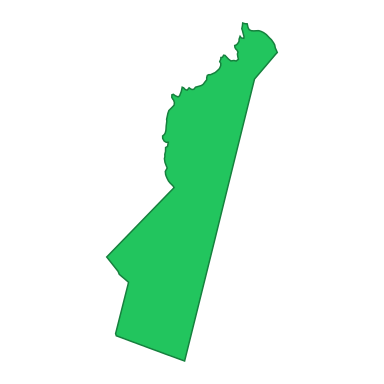 outline of Vale do Paraíso, Rondônia, Brazil
{"feature_id": "56859067B34795168370619", "entity_name": "Vale do Paraíso", "entity_type": "district", "adm_level": 2, "iso_a3": "BRA", "parent_name": "Brazil", "parent_adm1": "Rondônia", "projection": "natural_earth1", "projection_center": [-62.069, -10.363], "detail": "fine", "context": "isolated", "style": "filled", "palette": "green", "viewbox_px": 384, "rotation_deg": 0, "n_neighbors": 0, "source": "geoboundaries", "source_scale": "gbopen_adm2", "svg_char_len": 1716}
<svg xmlns="http://www.w3.org/2000/svg" viewBox="0 0 384 384"><path d="M106.7,257.0L118.1,271.4L119.3,274.4L128.5,282.2L128.1,284.2L115.6,333.6L116.3,335.8L132.7,341.9L141.6,345.2L150.2,348.4L166.7,354.5L184.6,361.0L214.4,241.3L225.9,194.6L254.5,79.1L275.6,54.3L277.3,52.5L276.1,49.7L275.3,48.0L274.7,44.9L273.5,42.7L271.4,39.7L269.4,37.8L266.4,34.6L263.6,32.6L261.1,31.4L258.9,30.7L257.2,30.7L253.7,30.9L251.3,30.7L249.2,29.7L248.0,27.5L247.2,23.8L245.0,23.7L242.7,23.0L242.4,25.8L241.8,28.7L242.4,30.4L244.0,36.7L243.8,38.3L241.4,38.0L240.1,36.3L239.1,39.1L239.0,41.4L237.6,43.7L236.3,44.9L234.7,45.5L234.9,47.3L235.6,48.8L237.0,50.2L238.0,52.1L237.4,54.0L237.8,56.7L238.4,59.3L236.2,61.0L233.9,60.5L230.9,60.9L228.6,59.2L225.0,55.4L223.6,55.2L222.5,57.3L220.9,57.5L220.8,59.2L219.7,61.6L220.8,63.4L220.7,65.6L220.0,67.5L219.1,69.0L216.2,71.7L214.9,72.7L213.3,73.4L210.5,74.7L208.7,74.7L207.3,75.4L206.7,77.6L206.7,79.8L204.9,82.0L203.3,84.2L201.4,85.5L198.7,86.3L195.5,87.2L193.8,89.3L192.0,89.5L190.6,88.9L189.1,87.8L187.1,90.2L185.2,89.5L183.6,87.8L182.2,87.2L181.8,89.1L181.3,91.4L179.6,95.8L178.1,96.9L175.4,95.8L173.3,94.3L171.9,94.8L171.8,97.4L172.7,99.0L173.7,100.3L174.4,102.6L174.1,105.2L171.8,107.6L168.9,110.5L167.9,113.3L167.3,116.1L166.6,119.3L166.8,121.1L166.5,123.5L166.2,125.8L166.0,129.3L165.8,130.9L165.1,133.3L164.2,134.6L162.6,136.0L162.7,138.5L164.2,141.1L166.2,142.3L168.3,142.3L167.8,144.9L167.5,146.5L165.6,147.5L165.5,151.6L164.8,154.3L164.9,156.6L164.4,158.6L165.0,162.4L166.0,165.1L167.2,168.0L166.1,170.0L165.3,171.4L165.6,174.4L166.3,176.5L167.2,178.5L168.5,181.0L170.1,183.0L173.0,185.9L174.1,187.6L169.5,192.3L106.7,257.0Z" fill="#22c55e" stroke="#15803d" stroke-width="1.5"/></svg>